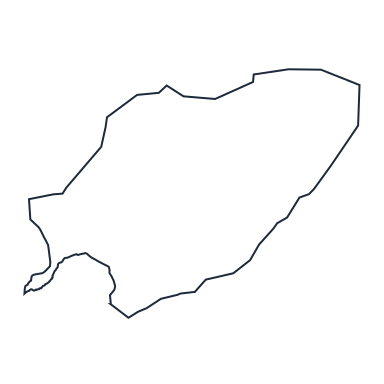 Ugtaalcaidam, Töv, Mongolia (Natural Earth projection), rotated 183°
{"feature_id": "93677404B35581268375845", "entity_name": "Ugtaalcaidam", "entity_type": "district", "adm_level": 2, "iso_a3": "MNG", "parent_name": "Mongolia", "parent_adm1": "Töv", "projection": "natural_earth1", "projection_center": [105.657, 48.203], "detail": "fine", "context": "isolated", "style": "outline", "palette": "slate", "viewbox_px": 384, "rotation_deg": 183, "n_neighbors": 0, "source": "geoboundaries", "source_scale": "gbopen_adm2", "svg_char_len": 2878}
<svg xmlns="http://www.w3.org/2000/svg" viewBox="0 0 384 384"><g transform="rotate(183 192 192)"><path d="M352.0,156.1L343.2,148.7L341.4,146.2L339.4,142.7L338.6,141.2L336.9,138.2L335.7,136.3L335.1,135.3L334.6,134.4L334.1,133.6L333.5,132.5L332.9,131.5L329.8,114.6L330.0,110.4L334.3,105.4L336.1,103.8L337.2,103.1L343.4,101.7L345.9,101.0L347.2,100.1L347.7,99.2L348.0,96.9L348.1,95.1L348.6,94.9L349.0,94.5L349.6,93.8L350.5,92.6L351.1,91.8L351.2,91.0L351.7,90.6L352.6,90.0L353.4,89.5L353.9,87.3L354.0,81.7L352.9,82.8L352.3,83.3L351.6,83.8L350.8,84.4L350.4,84.5L350.0,84.6L349.4,84.8L349.1,85.2L348.9,85.6L348.3,86.1L347.8,86.4L347.2,86.4L346.7,86.3L346.2,86.0L345.8,85.7L345.3,85.4L344.8,85.3L344.4,85.3L344.0,85.4L343.8,85.6L343.4,85.9L343.0,85.9L342.8,86.2L342.7,86.4L342.4,86.4L342.2,86.3L341.8,86.3L341.4,86.6L340.8,86.8L340.1,86.9L339.7,86.9L339.2,87.3L339.1,87.8L338.5,87.9L338.2,88.0L337.9,88.0L337.6,88.0L337.4,88.2L337.3,88.3L337.3,88.7L337.3,88.8L337.0,89.0L336.9,89.1L336.7,89.3L336.6,89.5L336.4,89.7L336.3,89.8L336.0,90.4L335.7,90.6L335.4,90.6L335.1,90.7L334.8,90.8L334.5,90.9L334.3,91.0L334.0,91.6L333.8,92.1L333.1,92.5L332.2,93.0L331.8,93.1L331.6,93.2L331.5,93.3L331.4,93.4L331.2,93.7L331.0,93.9L330.9,94.0L330.3,94.6L330.0,95.0L329.5,95.2L329.4,95.3L329.3,95.7L329.3,95.8L329.2,95.9L328.9,96.3L328.8,96.5L328.5,97.0L328.0,97.5L327.6,97.7L327.5,97.9L327.6,98.3L327.6,98.5L327.4,98.6L327.2,98.7L326.9,98.9L326.8,99.7L326.7,99.8L326.8,100.0L327.0,100.8L326.8,101.4L326.5,101.8L326.3,102.4L326.0,103.2L325.9,103.5L325.6,104.3L325.5,104.9L325.4,105.1L324.8,106.0L324.7,106.2L324.0,107.1L323.6,107.7L323.5,107.9L323.3,108.6L323.0,108.9L322.9,109.0L322.7,109.2L322.5,109.4L322.4,109.6L322.2,109.9L322.1,111.8L321.9,113.0L321.5,113.6L320.8,114.3L319.8,114.6L319.0,114.9L318.6,115.1L318.2,115.4L317.7,116.2L316.4,118.6L315.5,119.4L314.1,119.7L312.9,119.9L311.7,120.5L310.5,121.1L309.4,121.7L308.1,122.3L306.6,122.9L305.3,123.5L304.1,123.8L302.7,123.1L301.4,123.6L300.6,123.9L299.2,124.3L297.6,124.7L295.2,125.4L294.3,125.1L293.9,125.0L292.9,124.3L292.7,124.0L292.4,123.8L291.7,123.2L290.2,122.1L288.4,121.0L288.2,120.9L286.7,120.2L285.1,119.5L282.5,118.1L281.0,117.4L279.5,116.7L279.4,116.7L279.2,116.6L276.9,115.5L274.8,114.6L272.7,113.7L271.4,113.1L271.0,112.4L270.3,110.2L270.2,107.8L270.2,106.9L270.1,106.7L267.7,103.2L265.5,99.1L263.8,93.8L264.4,90.3L268.5,84.7L267.2,75.7L267.3,75.7L248.9,63.1L239.6,69.6L231.4,73.5L217.5,83.7L201.3,88.5L198.1,90.0L183.9,92.4L173.7,105.2L146.5,113.0L130.4,127.0L122.3,143.0L108.9,159.6L105.3,165.3L95.7,171.5L84.4,192.1L75.0,196.0L70.1,201.7L54.4,226.0L29.6,267.0L30.3,307.6L69.7,320.9L102.1,319.6L136.5,312.6L136.8,305.1L173.8,286.1L205.5,287.1L222.9,297.0L230.3,289.3L251.9,286.1L280.8,262.2L281.7,252.2L285.0,232.4L317.7,189.8L321.2,183.6L330.4,182.4L354.4,176.3L352.0,156.1Z" fill="none" stroke="#1e293b" stroke-width="2"/></g></svg>